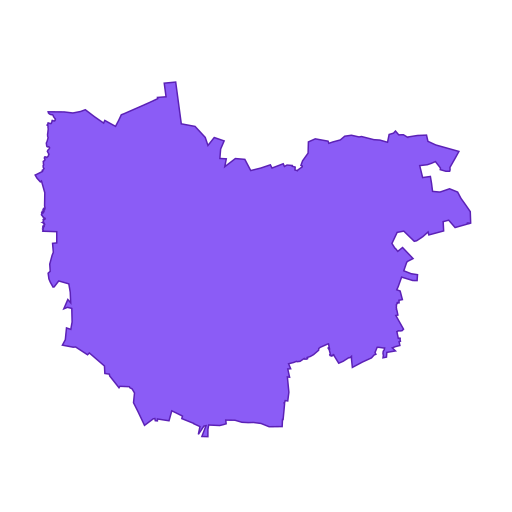 the district of Bojanala, North West, South Africa, rotated 357°
{"feature_id": "47623444B85240549790840", "entity_name": "Bojanala", "entity_type": "district", "adm_level": 2, "iso_a3": "ZAF", "parent_name": "South Africa", "parent_adm1": "North West", "projection": "albers", "projection_center": [27.064, -25.431], "detail": "fine", "context": "isolated", "style": "filled", "palette": "violet", "viewbox_px": 512, "rotation_deg": 357, "n_neighbors": 0, "source": "geoboundaries", "source_scale": "gbopen_adm2", "svg_char_len": 5920}
<svg xmlns="http://www.w3.org/2000/svg" viewBox="0 0 512 512"><g transform="rotate(357 256 256)"><path d="M472.1,234.4L472.3,222.9L467.8,215.6L463.7,209.2L460.7,202.7L452.8,199.0L443.4,201.7L442.3,201.7L435.7,200.7L435.1,192.6L434.3,185.7L426.5,186.4L424.2,174.3L431.9,173.8L436.1,172.6L440.1,171.1L444.8,177.8L444.5,179.4L450.0,181.3L453.8,181.5L454.3,180.2L454.3,177.7L460.2,168.5L464.1,162.2L441.3,154.5L433.7,150.5L432.6,144.2L423.6,144.1L414.0,145.1L413.8,145.5L409.5,142.6L404.9,142.5L401.8,138.5L399.8,140.5L395.3,141.6L393.3,149.3L385.7,146.7L379.8,146.0L367.6,142.2L365.1,142.5L357.6,140.4L350.9,141.0L346.3,144.5L338.8,146.1L334.6,147.3L334.0,145.1L321.3,142.1L314.3,144.8L313.4,156.0L307.5,163.4L305.6,167.9L306.9,168.5L306.9,169.2L306.7,169.5L302.0,172.5L301.8,173.0L299.4,172.1L299.8,169.3L298.0,168.6L296.9,168.4L296.9,167.5L291.7,166.8L289.1,168.1L288.0,165.3L276.6,169.0L275.1,165.7L265.5,168.4L255.2,170.4L249.9,158.9L240.5,157.6L229.5,165.2L231.4,157.4L225.0,156.7L226.3,147.3L230.2,139.4L220.5,135.5L213.8,143.1L211.5,134.9L201.9,123.4L188.3,120.1L184.9,78.1L173.4,78.6L174.5,92.3L165.9,92.5L166.1,93.7L157.0,97.4L131.7,107.0L128.9,107.9L125.9,113.5L122.5,119.2L112.1,112.7L110.8,115.3L101.9,108.4L93.2,101.0L88.4,102.5L80.6,103.6L72.0,102.1L56.0,101.1L56.2,102.3L57.1,103.3L58.1,103.9L59.1,104.2L60.0,104.2L60.4,104.5L60.8,105.1L61.1,106.3L61.8,107.2L62.1,107.8L62.8,108.5L62.9,108.8L62.3,109.8L62.4,110.2L61.9,110.6L60.9,110.5L59.6,109.9L59.4,110.2L59.3,111.2L58.7,112.2L58.6,112.7L58.3,113.0L57.4,113.0L55.8,112.3L55.3,112.2L55.1,112.5L55.2,113.2L55.2,113.4L54.2,114.3L55.0,115.0L55.1,115.4L55.0,116.8L55.1,117.5L55.1,118.6L54.4,122.9L54.2,123.3L54.2,125.7L54.6,126.9L53.3,130.8L52.7,131.8L52.5,132.6L52.7,133.6L52.6,134.0L52.9,135.7L53.5,136.1L54.0,136.2L54.3,136.0L54.7,136.0L55.5,136.9L55.5,137.4L55.2,137.9L54.8,138.5L53.7,139.4L53.1,140.6L54.5,143.5L54.2,143.8L54.1,144.6L53.5,145.7L52.7,146.2L52.3,146.7L52.0,146.7L51.5,146.2L50.9,146.0L50.2,146.0L49.9,146.5L49.8,147.4L50.3,148.1L50.2,149.1L49.8,149.3L49.2,150.1L48.7,150.2L48.4,150.6L48.6,151.5L48.5,152.3L48.7,153.6L48.7,154.0L48.2,154.4L48.1,156.0L48.3,156.6L48.5,156.9L48.9,157.7L47.9,158.6L47.7,159.2L47.1,159.2L47.0,159.5L47.2,160.4L39.7,163.6L41.4,166.9L44.5,170.7L45.7,169.9L48.4,181.8L47.5,194.8L47.8,197.1L47.0,197.3L47.4,197.7L47.4,198.0L46.6,197.6L46.6,197.8L46.3,197.9L46.5,198.3L46.0,198.3L45.7,198.6L45.6,199.1L45.8,199.3L46.5,199.5L46.9,199.9L46.8,200.0L46.6,199.9L46.4,200.3L46.1,200.4L46.3,201.0L45.9,201.5L45.7,201.1L45.8,200.5L45.3,201.0L44.9,200.7L44.8,201.4L44.6,201.3L44.4,201.5L44.9,201.8L44.9,202.2L44.6,202.5L44.5,202.1L44.4,202.0L44.4,202.4L43.9,203.2L43.9,203.6L44.0,203.9L44.7,204.5L44.9,205.2L45.4,205.6L45.6,206.3L45.9,206.3L46.1,206.8L47.1,207.0L47.3,207.5L47.0,207.5L47.0,208.1L46.4,208.0L46.5,208.4L46.0,208.6L45.8,208.2L45.6,208.3L46.0,208.8L45.9,208.9L45.4,209.0L45.6,210.1L45.3,210.3L45.2,210.8L45.1,211.1L44.6,211.3L45.2,211.5L45.6,211.9L46.0,211.9L46.1,212.1L45.5,212.1L45.4,212.3L45.6,212.6L46.0,212.7L46.1,212.9L46.1,213.7L46.3,213.7L46.4,213.3L46.6,213.7L46.0,214.2L46.0,214.7L45.9,215.0L46.0,215.2L45.9,215.5L45.4,215.5L45.3,215.2L44.9,214.9L44.7,215.1L44.8,215.3L45.0,215.5L44.6,216.5L45.1,216.4L44.8,216.8L45.0,217.5L44.7,217.8L44.5,218.3L44.9,219.2L44.5,219.2L44.7,219.7L44.5,220.1L58.3,221.3L57.7,232.5L53.5,232.7L53.8,241.7L52.4,244.7L49.6,253.3L49.7,260.5L47.5,262.3L48.0,268.1L49.3,271.6L51.7,276.4L52.8,276.3L57.7,270.6L67.6,274.0L68.6,282.4L68.5,293.1L65.8,289.6L61.3,298.7L65.0,297.4L69.3,298.7L68.9,312.3L67.2,319.6L63.0,317.9L61.2,329.6L58.0,334.9L68.7,337.5L71.1,337.4L82.6,345.8L84.5,344.1L98.9,357.9L98.9,365.4L103.4,366.3L103.6,368.1L112.3,380.4L113.3,379.0L122.7,379.9L123.2,381.0L125.3,382.2L127.5,386.4L126.0,396.1L130.0,405.2L135.8,419.3L144.9,413.2L146.5,413.0L146.8,415.2L148.9,415.5L149.1,413.6L160.5,416.0L163.8,406.2L174.2,412.0L173.4,414.5L185.0,419.9L185.0,420.2L191.1,423.4L189.1,431.1L195.1,423.1L197.2,422.8L192.5,433.4L198.5,433.9L198.9,426.7L199.9,422.3L210.9,423.4L214.5,422.7L217.4,422.0L217.2,418.3L226.4,418.9L233.2,421.3L239.7,422.0L244.7,422.1L252.3,423.5L260.2,427.2L273.2,427.7L273.9,420.6L274.5,420.7L275.9,411.4L276.8,405.1L276.8,404.6L276.5,404.6L276.5,404.0L276.9,404.0L277.6,401.9L280.1,402.4L281.7,393.8L281.0,378.4L283.2,378.8L281.8,370.5L284.7,370.4L282.9,365.3L288.0,364.3L290.9,363.3L291.5,363.7L294.5,363.5L298.7,360.9L299.0,361.5L301.0,361.6L302.1,361.3L302.2,361.1L301.8,360.0L304.9,359.2L308.3,357.5L313.6,353.4L313.8,351.7L315.3,350.6L323.1,347.6L323.8,347.5L324.5,352.1L323.4,351.4L323.2,351.7L324.2,353.5L325.0,357.3L324.9,358.1L324.5,358.4L324.6,358.7L325.1,359.2L325.3,359.2L325.1,359.4L326.3,359.9L326.7,359.8L327.1,359.5L327.4,359.4L327.5,359.1L328.0,358.8L328.1,358.5L328.4,358.6L328.4,359.0L333.0,367.4L337.5,365.7L343.3,362.4L344.5,362.5L346.1,361.2L346.0,364.4L346.4,372.3L356.9,367.4L366.0,363.8L368.8,361.0L370.6,360.4L369.8,358.6L372.2,353.5L373.8,353.6L378.9,354.6L379.6,354.6L379.2,356.3L378.1,357.7L377.9,358.5L377.7,360.3L378.0,361.8L377.5,364.3L381.0,363.8L381.6,359.1L390.3,358.1L387.3,354.9L390.5,353.8L395.0,352.9L394.4,349.1L395.8,348.7L395.5,346.9L395.7,345.7L394.9,345.5L393.8,345.7L392.7,338.9L393.4,338.8L394.1,338.1L396.1,338.4L398.0,338.2L399.5,336.8L392.5,322.7L394.6,322.4L393.8,317.2L393.4,316.8L393.6,315.7L393.4,315.0L393.7,312.9L393.5,312.3L393.9,311.5L394.6,310.9L394.6,309.9L395.0,309.8L395.8,310.3L396.4,310.3L396.5,309.4L396.4,307.7L399.9,307.2L398.1,298.5L394.8,297.1L396.4,294.0L400.3,284.7L411.3,288.7L415.6,289.0L416.3,283.1L410.0,281.8L402.8,278.5L406.2,270.1L407.3,269.2L412.7,266.8L402.8,255.2L397.8,258.8L395.7,255.8L395.2,255.6L392.4,250.6L398.2,239.8L404.9,238.9L414.8,249.6L417.2,249.2L423.6,245.4L429.1,241.0L429.7,244.0L444.7,240.8L444.7,231.5L450.3,230.3L456.3,238.0L468.6,235.2L468.8,234.1L470.2,234.2L470.2,234.9L472.1,234.4Z" fill="#8b5cf6" stroke="#5b21b6" stroke-width="1.5"/></g></svg>